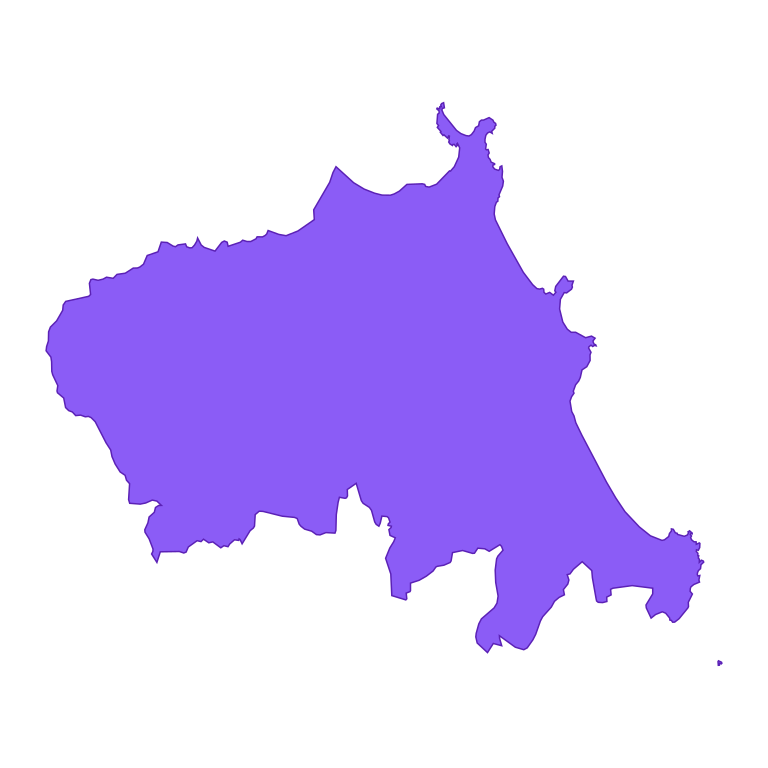 the district of Binh Son, Quảng Ngãi, Vietnam
{"feature_id": "81297802B82760747397164", "entity_name": "Binh Son", "entity_type": "district", "adm_level": 2, "iso_a3": "VNM", "parent_name": "Vietnam", "parent_adm1": "Quảng Ngãi", "projection": "equal_earth", "projection_center": [108.804, 15.309], "detail": "fine", "context": "isolated", "style": "filled", "palette": "violet", "viewbox_px": 768, "rotation_deg": 0, "n_neighbors": 0, "source": "geoboundaries", "source_scale": "gbopen_adm2", "svg_char_len": 6101}
<svg xmlns="http://www.w3.org/2000/svg" viewBox="0 0 768 768"><path d="M651.1,618.1L655.6,614.5L662.3,611.8L665.7,613.2L669.6,618.0L669.9,620.1L671.4,620.4L672.6,622.2L674.7,622.1L679.1,618.7L687.9,607.9L688.5,606.5L688.3,602.3L692.4,594.0L690.1,591.3L690.3,588.6L690.9,586.9L693.8,584.5L699.5,582.1L698.9,580.0L699.8,575.5L697.9,575.9L697.3,574.7L697.5,572.7L698.4,570.6L700.5,568.7L701.0,564.7L703.7,562.2L703.4,561.1L701.5,560.2L699.3,562.3L699.4,559.3L698.3,558.1L698.7,555.8L697.8,555.7L697.9,553.3L696.3,551.5L696.5,549.8L698.3,550.3L699.7,547.6L699.9,543.4L699.3,542.9L696.3,544.3L696.1,541.8L694.0,541.8L691.6,539.8L690.6,537.6L691.5,536.0L690.3,534.5L690.9,533.4L692.2,533.8L692.2,533.1L689.6,530.8L688.0,531.9L688.7,532.7L687.2,535.1L684.3,536.3L677.5,534.4L677.2,533.3L675.3,532.8L673.3,529.3L671.4,528.9L671.4,531.0L669.5,533.4L668.7,536.5L664.5,539.8L662.0,540.4L650.4,535.8L639.3,526.9L625.0,511.7L615.8,498.0L606.5,482.1L581.8,435.1L575.8,422.7L574.0,415.9L571.7,411.5L570.0,401.1L571.6,396.7L574.0,393.2L573.3,391.2L575.6,384.8L578.7,381.0L580.3,377.5L582.0,369.9L586.8,366.7L590.1,360.5L590.0,354.9L591.0,352.3L588.6,348.0L589.0,346.7L591.0,345.2L592.7,346.5L594.5,345.4L596.1,345.8L595.7,344.8L594.1,344.1L593.2,342.2L593.1,340.8L595.1,338.2L591.5,336.1L585.6,337.7L575.7,332.3L571.2,332.3L567.3,329.2L562.8,322.0L559.6,309.0L560.4,299.3L564.2,292.6L566.6,292.9L571.5,289.2L572.4,287.1L572.0,285.2L573.4,281.1L568.1,281.1L565.5,276.5L563.5,276.2L555.7,286.4L554.8,290.8L555.9,292.2L553.4,295.2L549.7,292.4L545.8,294.0L544.0,292.4L543.7,289.2L542.4,288.3L539.6,289.1L536.9,288.6L532.6,284.6L523.3,272.3L507.2,243.7L495.4,219.8L494.2,214.0L494.8,206.6L496.4,202.2L497.8,201.3L498.0,198.0L499.5,196.7L499.0,194.8L502.7,186.1L503.4,181.2L502.0,177.3L502.5,171.4L501.8,165.9L500.1,166.7L499.6,169.4L498.4,170.4L494.7,169.1L492.8,166.8L493.0,165.0L494.6,164.5L494.6,163.7L491.1,162.1L490.1,159.4L488.4,157.5L488.0,154.9L489.2,153.0L488.1,149.5L486.4,149.8L485.6,148.9L486.3,144.2L485.0,142.3L485.0,139.4L485.8,135.4L487.5,133.0L489.8,131.9L492.2,133.3L491.7,131.3L494.8,128.2L494.8,126.3L496.0,125.2L495.6,123.4L493.9,122.2L492.9,120.1L489.1,117.6L483.5,120.1L481.4,120.1L479.4,121.7L478.6,125.8L475.5,127.6L474.1,131.1L471.4,134.6L469.0,136.0L466.0,135.6L460.9,133.6L456.5,130.4L443.8,114.6L441.9,110.1L442.3,108.5L444.4,107.8L443.6,102.7L441.6,103.6L440.7,105.1L441.4,106.7L439.8,106.8L439.7,108.8L437.2,108.1L436.8,108.9L439.0,110.8L439.2,112.9L437.6,114.3L436.9,123.5L438.5,125.5L437.3,127.4L440.9,131.4L440.3,132.2L443.0,135.5L443.9,134.8L447.5,138.1L448.8,135.8L449.4,136.1L448.9,139.8L449.4,140.8L448.7,142.0L449.9,143.9L452.5,145.5L453.0,144.4L454.3,144.4L456.1,146.7L457.2,145.5L456.8,144.0L457.4,143.3L459.7,147.8L458.7,157.1L454.3,166.7L450.5,171.1L449.5,170.9L436.6,184.2L429.1,187.1L425.6,186.4L424.7,184.4L422.3,183.8L406.9,184.4L399.4,191.1L394.3,193.9L390.4,195.2L382.1,195.1L374.6,193.2L364.2,189.1L353.6,182.7L336.0,166.7L333.0,172.5L329.7,182.3L313.7,209.8L314.3,219.6L297.9,231.0L286.1,235.7L278.8,234.4L268.1,230.5L266.7,234.0L265.1,235.5L262.5,236.9L257.1,236.8L256.0,238.8L250.8,241.5L247.0,241.5L242.7,240.2L240.4,242.2L228.1,246.3L227.2,242.2L224.3,241.0L221.7,242.4L215.0,251.1L204.2,247.4L201.2,245.0L197.6,238.0L196.8,241.2L194.5,245.1L192.1,247.7L189.8,247.9L186.7,246.8L185.5,243.9L178.0,244.9L175.5,246.7L173.1,246.1L167.2,242.5L161.3,242.1L158.0,251.8L147.2,255.5L143.5,264.2L139.7,267.1L137.4,268.0L133.2,268.1L125.3,273.2L117.0,274.4L113.2,278.3L106.5,277.2L103.1,279.1L98.1,280.3L92.9,279.1L90.9,279.6L89.4,283.3L90.6,294.5L88.7,296.3L65.7,301.4L63.2,305.0L62.7,310.3L56.6,320.9L50.4,327.1L48.6,331.8L48.4,341.0L46.6,346.6L46.1,350.8L50.9,357.1L51.6,361.7L51.8,371.4L52.7,374.8L57.8,385.6L57.0,391.0L57.5,392.8L63.7,398.0L65.6,407.6L68.7,410.6L72.4,412.0L75.7,415.6L80.6,415.1L85.3,416.8L88.4,416.4L91.1,417.6L95.2,421.7L106.1,442.9L110.7,450.0L112.0,456.6L115.2,464.1L120.2,472.0L125.1,475.3L126.5,480.2L129.6,483.7L128.6,499.6L129.7,503.3L140.2,504.1L145.7,503.0L152.3,500.1L156.9,501.1L161.4,505.4L158.6,505.5L155.5,507.5L154.3,512.3L149.1,517.0L147.9,522.9L144.8,529.7L145.0,532.2L149.1,538.8L153.0,549.0L152.9,551.4L151.6,554.0L156.9,562.4L160.3,551.8L179.3,551.5L183.8,553.0L186.1,552.1L188.3,547.0L197.1,540.7L201.0,541.6L203.5,539.2L208.8,542.8L212.8,541.9L220.8,547.8L223.9,545.7L228.0,546.7L229.8,543.9L234.5,539.8L238.7,540.4L239.1,538.9L240.1,539.6L242.1,543.8L250.1,530.7L253.4,528.0L254.5,526.1L255.2,514.6L259.2,511.2L263.0,511.4L282.3,516.2L294.5,517.4L297.2,518.5L299.2,524.2L301.0,526.3L304.6,529.1L311.7,531.2L316.4,534.6L320.0,534.9L325.9,532.6L335.0,533.1L335.9,530.4L336.3,514.6L338.1,502.4L339.4,497.3L345.1,498.3L346.5,497.8L347.5,495.9L347.3,489.5L356.2,483.3L361.3,500.6L363.1,503.3L369.4,507.4L371.5,510.4L374.7,521.9L376.2,524.4L378.9,526.2L380.2,523.3L381.9,516.1L387.1,516.6L388.5,517.8L390.0,522.1L388.3,523.9L388.0,525.4L391.4,526.2L391.1,527.5L388.9,529.6L390.0,535.4L395.3,537.8L393.7,541.7L389.8,548.0L385.6,558.3L390.8,574.0L391.8,595.6L405.8,599.9L406.8,598.8L406.2,593.1L410.0,591.6L410.5,590.6L410.5,583.1L419.1,580.3L426.3,576.2L433.1,571.0L435.9,567.0L437.3,566.3L443.9,565.2L450.1,562.5L451.1,560.9L452.5,552.6L462.6,550.5L472.6,553.4L474.5,553.2L477.8,548.2L484.8,548.8L489.2,551.3L499.9,544.7L501.5,546.3L503.0,550.2L497.9,556.1L496.6,558.8L495.2,570.1L495.7,582.4L498.1,596.1L497.0,603.1L494.1,607.9L481.4,618.9L478.8,623.9L476.2,633.3L475.8,636.9L477.2,643.0L487.5,652.6L493.3,643.5L501.7,645.7L499.6,638.4L499.4,635.7L515.3,647.2L523.8,649.7L527.2,647.9L532.9,639.8L535.7,634.3L540.4,621.0L542.7,616.7L551.3,607.1L554.5,601.3L559.1,597.4L564.4,594.8L563.4,589.6L567.8,584.1L568.9,580.0L567.2,574.6L570.0,573.9L573.4,569.3L582.2,561.7L591.8,570.6L592.4,577.8L596.1,598.7L596.6,601.0L598.2,602.3L602.6,602.6L606.9,601.5L606.7,597.1L611.1,594.9L610.6,589.3L613.0,588.2L632.2,585.6L652.7,588.2L652.7,593.9L646.0,605.0L646.3,607.9L651.1,618.1ZM721.5,662.2L718.5,660.8L718.0,661.6L718.3,665.3L719.4,665.2L719.7,663.3L721.3,663.9L721.9,663.2L721.5,662.2Z" fill="#8b5cf6" stroke="#5b21b6" stroke-width="1.5"/></svg>